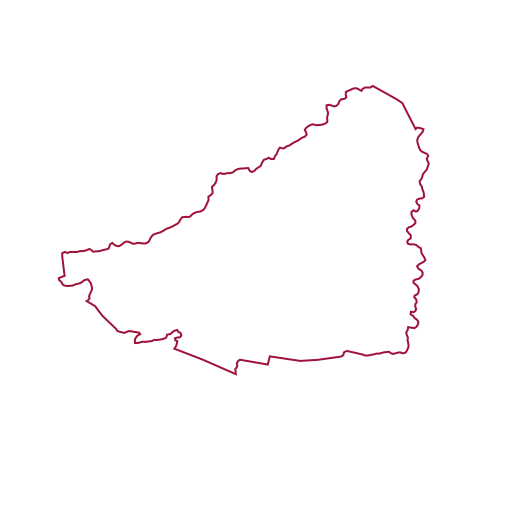 the district of Itiúba, Bahia, Brazil, rotated 254°
{"feature_id": "56859067B94296485103385", "entity_name": "Itiúba", "entity_type": "district", "adm_level": 2, "iso_a3": "BRA", "parent_name": "Brazil", "parent_adm1": "Bahia", "projection": "natural_earth1", "projection_center": [-39.824, -10.692], "detail": "fine", "context": "isolated", "style": "outline", "palette": "rose", "viewbox_px": 512, "rotation_deg": 254, "n_neighbors": 0, "source": "geoboundaries", "source_scale": "gbopen_adm2", "svg_char_len": 4721}
<svg xmlns="http://www.w3.org/2000/svg" viewBox="0 0 512 512"><g transform="rotate(254 256 256)"><path d="M189.4,152.0L170.9,176.4L148.0,204.0L150.8,204.6L153.0,204.9L154.2,206.7L155.8,207.8L157.8,207.8L159.8,209.5L160.7,212.0L148.4,237.4L155.7,241.6L143.0,269.5L139.2,286.5L135.9,309.8L136.5,312.5L139.2,314.1L139.7,317.2L133.3,328.8L132.0,331.2L130.2,333.6L129.4,336.6L129.3,339.5L128.9,342.5L129.0,344.9L128.2,347.2L128.2,349.8L128.1,352.5L127.7,355.0L127.2,357.5L125.4,358.9L124.1,360.6L124.0,363.2L124.0,365.7L123.7,367.9L121.9,370.5L122.0,373.4L123.9,375.4L126.5,377.5L129.1,378.2L131.0,378.4L133.3,378.4L135.5,379.5L138.4,379.2L141.1,379.3L142.9,381.3L145.7,382.7L144.2,385.7L143.0,388.5L143.9,391.0L146.1,393.3L148.5,393.9L150.5,393.1L152.5,391.5L155.2,390.4L157.3,388.5L159.7,389.5L158.6,392.1L159.3,394.1L161.1,395.4L163.5,395.1L165.8,395.9L167.1,397.6L169.0,398.0L170.9,397.7L172.7,396.7L174.3,397.7L174.7,400.5L176.5,402.3L179.3,403.4L182.4,402.9L184.8,401.5L186.9,400.0L188.9,400.8L189.4,403.1L189.2,406.0L190.0,408.0L191.6,410.6L193.7,411.6L196.3,411.1L198.9,408.7L201.8,408.0L203.2,410.8L203.7,413.2L204.1,415.4L205.3,417.7L208.2,417.4L210.9,416.5L213.6,415.9L216.1,416.4L218.0,416.6L219.9,414.7L222.5,413.0L224.0,410.2L224.7,407.3L225.8,405.5L228.0,405.2L229.5,406.8L230.2,409.5L233.2,410.5L236.3,408.9L238.7,408.0L240.5,408.7L241.5,411.0L241.5,413.3L242.5,416.2L243.8,418.3L245.9,418.9L247.9,418.0L250.1,417.1L253.2,416.9L255.4,417.5L256.6,420.0L254.9,421.5L254.6,423.5L256.7,426.0L259.5,427.0L261.2,425.6L264.0,425.0L265.8,426.4L266.1,428.7L265.7,431.3L266.4,433.9L268.6,434.3L271.4,434.7L274.3,434.3L277.1,434.5L279.9,433.6L282.7,433.9L284.8,436.5L286.9,438.0L288.6,439.0L290.3,441.4L292.0,444.0L294.4,445.6L297.3,447.6L300.4,447.0L302.6,447.1L304.9,449.2L306.8,448.6L308.5,446.7L310.9,443.9L312.9,443.0L315.3,442.6L317.6,442.6L320.4,442.5L323.1,443.0L325.6,444.8L327.3,447.3L328.5,449.1L329.8,450.8L331.8,451.9L333.1,450.0L334.1,448.3L335.0,446.3L334.0,444.4L362.7,438.8L366.7,435.4L369.2,433.1L387.3,415.1L386.4,412.3L387.2,409.7L387.9,407.2L387.2,404.4L385.7,403.0L387.4,401.1L389.1,399.5L390.0,397.6L390.1,394.8L389.6,392.2L389.4,390.0L388.9,387.6L386.2,386.7L383.8,386.7L382.7,384.6L383.1,380.9L381.6,378.5L379.5,377.1L378.2,374.8L378.3,372.3L379.5,370.5L381.1,368.4L381.4,365.4L378.2,364.5L376.0,364.7L373.5,364.7L371.6,363.7L369.5,362.5L367.5,362.1L365.2,361.5L364.3,359.4L364.0,356.3L364.5,353.0L365.1,350.1L367.1,346.5L366.7,343.4L366.1,341.3L365.3,339.4L363.7,337.6L361.2,338.2L358.6,338.1L357.2,335.6L357.0,332.6L355.9,329.7L355.2,327.1L354.7,323.8L353.7,320.4L353.0,318.5L353.0,315.7L351.8,312.9L352.3,310.8L353.6,308.9L352.4,307.2L350.4,305.6L348.5,304.1L346.8,301.9L344.3,299.8L345.3,296.8L347.0,295.3L346.4,292.8L346.3,290.1L344.8,288.3L343.2,286.9L341.2,285.2L340.4,282.4L339.8,280.4L338.3,277.9L337.9,275.4L338.9,273.8L340.7,273.2L342.7,272.8L343.2,270.4L343.7,267.5L344.3,265.4L344.6,262.6L344.1,259.7L342.8,256.9L342.8,253.7L343.6,251.4L343.5,249.0L344.1,246.5L345.5,244.9L345.2,242.0L343.4,239.9L341.4,239.6L339.2,238.7L337.4,237.1L336.0,235.6L334.5,232.6L331.2,232.3L328.5,231.7L327.0,229.3L326.2,226.6L322.9,225.9L320.2,223.5L318.3,222.0L316.4,220.2L314.7,217.9L314.1,214.7L314.6,211.0L313.9,206.7L312.0,203.3L312.2,201.3L313.0,199.3L313.6,195.7L311.8,193.3L309.7,191.3L308.7,189.4L308.3,187.2L307.6,184.8L307.1,181.5L306.9,177.5L305.9,174.3L305.1,170.7L305.1,166.4L304.8,163.2L303.9,161.4L302.2,159.5L299.7,157.2L298.7,155.3L298.6,152.4L299.9,149.2L301.3,146.0L301.2,143.5L301.7,141.1L303.7,138.8L305.1,136.9L305.7,134.6L305.1,132.5L303.9,129.9L303.2,127.0L304.0,124.9L306.0,122.7L308.2,121.5L307.4,118.9L305.4,117.6L303.7,116.2L303.7,113.3L303.9,110.2L303.8,106.9L304.5,103.9L305.0,100.7L307.1,99.3L308.7,97.8L308.3,95.0L308.3,91.7L309.2,88.1L309.2,85.0L310.0,82.3L311.1,78.5L310.9,75.4L312.6,73.5L312.1,70.5L309.5,69.7L289.6,66.5L289.5,64.3L289.1,60.3L287.1,60.1L285.3,61.4L281.3,62.6L279.9,64.6L279.1,66.6L278.5,69.4L278.1,71.9L278.5,74.6L278.4,77.2L278.4,79.5L279.0,81.7L280.1,84.3L280.0,87.9L278.0,88.7L275.5,89.7L272.7,89.7L269.7,89.5L267.4,87.8L265.0,85.7L263.3,84.4L261.3,84.4L260.0,82.8L259.3,80.8L252.1,87.6L248.9,88.7L240.6,92.0L224.5,101.4L222.1,102.1L220.3,104.8L218.4,108.1L218.9,112.8L218.0,115.4L216.0,119.3L214.6,122.5L212.7,123.1L212.2,120.3L210.5,117.8L208.5,116.3L205.7,115.7L204.8,119.2L205.0,121.5L204.7,124.1L203.7,126.7L203.5,129.2L202.9,132.3L203.4,134.9L202.7,137.2L202.1,140.4L201.8,144.2L202.3,147.2L204.9,148.9L204.6,152.3L205.8,154.5L206.6,157.1L206.6,159.8L204.4,160.5L202.6,162.4L200.0,162.3L198.9,160.4L199.3,157.7L199.3,155.5L197.2,155.2L195.9,156.9L193.6,155.8L191.3,154.2L189.4,152.0Z" fill="none" stroke="#9f1239" stroke-width="2"/></g></svg>